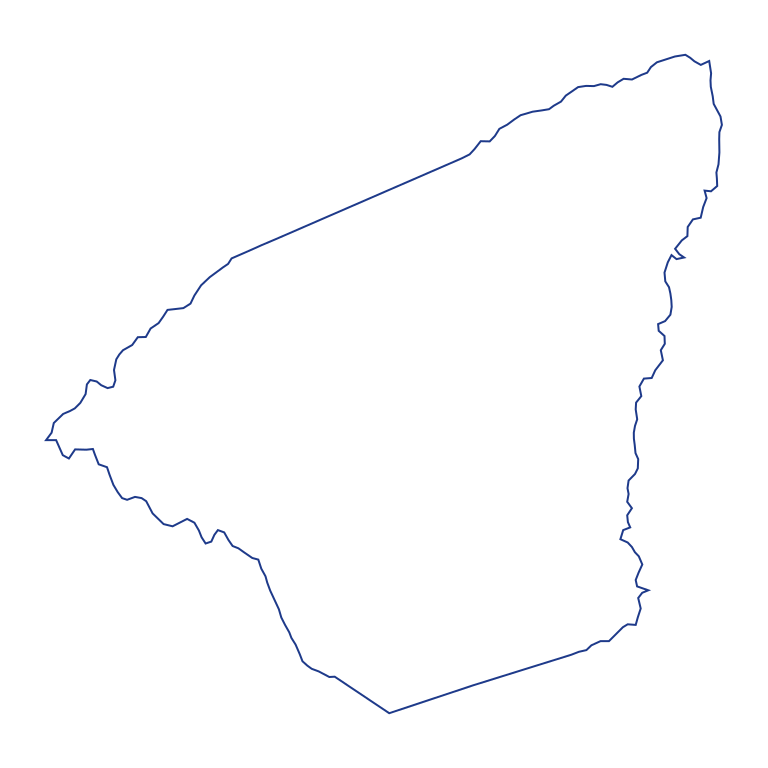 Buritirana, Maranhão, Brazil
{"feature_id": "56859067B76423615647039", "entity_name": "Buritirana", "entity_type": "district", "adm_level": 2, "iso_a3": "BRA", "parent_name": "Brazil", "parent_adm1": "Maranhão", "projection": "natural_earth1", "projection_center": [-47.054, -5.512], "detail": "fine", "context": "isolated", "style": "outline", "palette": "blue", "viewbox_px": 768, "rotation_deg": 0, "n_neighbors": 0, "source": "geoboundaries", "source_scale": "gbopen_adm2", "svg_char_len": 2747}
<svg xmlns="http://www.w3.org/2000/svg" viewBox="0 0 768 768"><path d="M709.2,61.0L700.8,64.9L694.4,61.3L690.2,57.8L685.4,54.8L674.9,56.5L656.9,62.3L650.9,67.1L647.2,72.7L641.4,74.9L632.0,79.5L623.6,78.8L617.6,82.4L612.4,86.8L606.5,84.9L600.7,84.2L593.9,86.1L586.1,85.9L578.1,87.1L565.8,95.6L561.0,101.6L553.8,105.7L549.0,109.2L541.8,110.4L532.6,111.7L526.2,113.6L520.6,115.2L514.2,119.5L507.2,124.7L499.4,128.8L494.9,136.0L489.7,141.4L480.7,141.2L474.6,149.0L469.6,154.4L461.8,158.3L330.2,215.5L275.2,239.4L261.5,245.2L256.0,247.7L244.0,253.0L231.6,258.4L228.1,263.9L222.8,267.5L209.7,277.2L201.1,285.3L194.4,295.5L190.5,303.6L183.4,308.1L174.8,309.1L167.5,309.9L163.2,316.6L158.6,323.1L150.6,328.5L145.8,337.0L137.8,337.2L132.2,345.0L123.0,350.2L119.3,354.5L116.3,359.3L114.0,370.0L115.4,380.3L113.2,386.7L107.6,388.1L101.2,385.2L96.7,381.5L90.3,380.0L86.9,384.4L85.6,394.1L80.3,402.9L74.8,408.4L70.0,411.0L63.2,413.9L53.8,423.0L51.6,432.7L46.1,440.1L56.1,440.1L62.8,455.2L68.9,458.5L75.1,449.4L86.4,449.7L92.9,449.0L94.9,454.6L98.7,464.3L107.0,467.2L109.5,474.6L113.4,484.9L117.7,492.1L122.1,498.1L127.1,499.8L135.0,496.9L141.6,498.1L146.2,501.2L152.6,513.4L163.6,524.1L172.6,526.3L187.1,518.9L194.4,522.7L198.9,530.5L201.6,537.3L205.6,543.5L211.3,541.6L214.4,534.8L217.9,530.1L224.2,532.4L228.4,539.9L232.6,546.0L238.4,548.3L244.3,552.5L252.3,558.0L258.3,559.6L261.3,568.7L265.5,576.3L267.2,582.5L270.2,590.6L278.9,609.3L281.3,617.5L285.0,624.8L289.3,632.4L291.4,637.9L295.6,644.6L299.8,654.3L302.5,661.3L307.3,665.6L311.7,668.8L318.7,671.4L329.3,677.0L334.7,676.7L389.2,713.2L473.2,685.3L571.4,654.7L578.9,651.8L586.4,650.1L591.4,645.3L600.6,641.1L609.0,641.1L622.9,627.2L627.7,624.3L635.7,624.9L637.8,617.4L640.7,608.5L638.2,598.0L642.2,592.8L648.3,590.3L637.1,586.4L635.7,580.0L638.6,572.6L642.3,564.5L638.8,556.3L634.9,552.2L631.9,547.0L627.7,542.5L620.4,539.2L623.2,530.1L630.2,527.4L627.9,522.1L627.2,515.3L631.9,508.2L627.2,501.8L628.6,494.0L627.5,488.2L628.6,480.5L635.0,474.0L637.8,468.4L638.2,459.1L635.5,453.1L634.7,444.9L633.9,438.7L633.8,432.7L635.0,425.9L637.2,419.3L635.7,409.4L636.1,402.6L641.3,396.1L639.4,386.5L643.9,378.6L651.7,378.0L655.3,370.2L662.9,360.3L660.8,350.2L664.8,343.8L664.5,336.0L658.7,330.8L658.1,324.1L665.1,321.1L670.4,314.7L671.7,306.9L671.3,300.1L670.4,293.6L669.0,287.2L665.3,281.4L664.5,272.6L667.8,262.3L671.5,255.1L676.5,259.1L684.1,257.5L679.3,254.2L675.1,248.8L681.8,240.4L687.4,236.1L687.7,227.0L692.9,219.4L700.7,217.7L703.2,207.0L706.6,198.1L704.6,190.6L711.0,191.3L717.2,186.0L716.9,178.7L716.4,172.5L718.5,164.3L719.4,152.5L719.2,139.1L719.4,132.1L721.9,124.9L720.5,116.5L713.7,103.9L712.7,96.2L710.8,86.8L710.5,80.3L711.1,73.3L709.2,61.0Z" fill="none" stroke="#1e3a8a" stroke-width="2"/></svg>